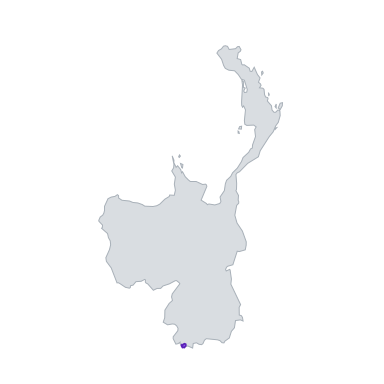 location of Mae Sai, Chiang Rai, Thailand, rotated 195°
{"feature_id": "78962969B11376495373152", "entity_name": "Mae Sai", "entity_type": "district", "adm_level": 2, "iso_a3": "THA", "parent_name": "Thailand", "parent_adm1": "Chiang Rai", "projection": "mercator", "projection_center": [99.929, 20.361], "detail": "fine", "context": "in_parent", "style": "filled", "palette": "violet", "viewbox_px": 384, "rotation_deg": 195, "n_neighbors": 0, "source": "geoboundaries", "source_scale": "gbopen_adm2", "svg_char_len": 4798}
<svg xmlns="http://www.w3.org/2000/svg" viewBox="0 0 384 384"><g transform="rotate(195 192 192)"><path d="M164.3,42.4L164.6,43.9L166.2,41.9L168.2,40.9L172.2,45.4L172.7,47.3L169.8,54.3L170.2,56.7L172.1,58.7L174.4,59.8L176.7,59.5L181.2,57.4L186.1,58.8L185.8,63.4L187.6,70.9L185.2,78.5L182.8,82.2L184.6,85.4L184.7,88.5L180.0,100.2L181.0,101.1L184.0,102.4L185.2,102.0L190.1,97.4L195.6,93.8L197.3,90.8L200.8,89.8L203.9,87.1L211.0,91.8L212.9,92.2L213.8,93.0L214.2,95.0L215.1,95.3L218.0,92.6L222.9,90.9L224.8,86.8L227.1,85.6L226.9,83.6L227.6,82.9L231.6,82.7L237.7,84.8L239.8,85.3L240.9,84.8L250.4,97.8L256.7,102.8L258.2,106.2L256.8,114.9L256.9,119.8L258.3,123.6L260.9,126.3L262.8,130.0L270.0,133.6L269.4,134.5L269.9,136.9L274.3,139.6L274.7,140.5L274.2,144.0L272.2,146.6L271.7,148.8L271.7,151.5L272.8,155.5L271.4,163.8L268.7,166.2L265.3,167.8L263.4,170.1L262.0,169.5L261.3,167.2L257.5,165.9L250.1,167.1L246.4,166.6L241.5,167.4L236.7,167.0L233.9,166.1L225.9,167.9L222.5,169.6L220.0,171.9L216.4,178.0L212.8,181.8L212.8,183.3L208.3,184.2L208.5,189.4L211.1,195.0L211.9,202.1L217.0,207.1L216.0,210.6L216.6,214.0L220.5,221.8L217.7,218.1L217.1,215.6L213.7,211.7L212.7,213.6L208.7,210.7L207.0,207.8L206.4,209.1L202.5,205.0L198.6,202.7L196.3,201.7L190.7,203.2L183.7,202.0L180.9,203.1L179.8,202.5L179.1,201.2L181.1,186.5L175.0,184.6L173.9,183.7L172.6,184.8L166.6,185.4L162.2,188.1L161.6,190.3L163.6,194.4L161.1,201.7L161.9,208.6L161.6,212.3L158.6,217.1L157.8,221.0L154.4,226.8L152.1,234.2L151.6,238.5L147.5,245.0L146.6,248.7L145.1,250.1L145.7,253.0L145.0,262.0L147.6,268.5L146.9,271.5L149.7,272.6L156.3,270.5L158.5,271.1L159.9,274.6L161.6,285.2L164.4,288.5L165.1,286.9L166.4,288.5L167.4,291.7L170.9,308.4L172.7,312.7L170.6,311.7L169.4,306.4L167.5,306.2L168.2,302.9L167.0,301.7L165.0,302.6L165.1,305.2L170.3,313.5L173.6,313.8L177.7,317.4L182.2,320.1L187.9,319.2L191.8,320.0L194.1,322.3L197.8,327.9L203.9,332.6L203.0,335.5L200.6,337.9L199.3,341.0L197.7,341.9L195.4,341.9L193.0,339.3L187.0,341.7L185.7,344.1L184.1,344.8L181.5,342.1L181.7,340.5L183.4,338.3L182.9,332.6L179.3,332.5L176.9,328.2L176.2,327.8L174.4,328.4L168.7,326.4L167.1,323.7L165.4,323.9L164.2,328.6L159.2,322.4L155.8,319.8L156.2,315.2L153.9,314.2L152.9,312.9L153.8,310.1L150.5,310.6L149.0,309.8L147.1,304.8L145.5,302.8L143.4,302.8L142.7,301.9L142.8,299.4L137.6,295.9L135.9,291.9L133.4,290.2L131.8,290.7L130.2,293.5L129.0,293.4L127.9,292.6L126.6,288.6L126.7,281.6L128.3,277.5L129.2,271.0L131.7,265.5L136.8,249.5L137.0,243.2L145.6,234.1L151.4,223.8L153.3,222.2L154.1,220.3L151.1,211.9L149.7,206.1L149.9,204.6L146.2,200.7L145.3,196.1L144.3,194.7L144.0,193.2L145.4,190.6L144.6,180.6L140.5,173.7L133.2,167.3L126.7,157.9L125.9,154.6L125.6,149.9L130.9,146.7L133.0,146.5L133.7,132.3L138.2,129.6L139.1,128.4L139.6,126.0L138.5,124.6L135.6,127.0L135.0,126.5L131.4,118.1L130.6,113.0L115.9,95.8L116.6,92.8L114.5,85.4L112.3,85.3L110.8,83.9L109.3,80.6L112.1,81.0L116.7,79.1L115.9,71.8L117.9,67.6L118.2,60.6L121.6,56.5L122.1,54.5L124.0,54.2L126.6,55.7L129.2,55.8L140.2,54.0L141.6,52.1L142.2,48.3L143.3,47.0L145.8,46.7L148.6,47.5L151.6,46.0L151.0,41.4L156.2,42.2L159.6,40.1L164.3,42.4ZM130.5,295.4L129.8,300.6L127.7,301.7L127.1,298.6L128.3,293.8L128.8,294.9L130.5,295.4ZM163.3,265.0L162.9,267.5L161.1,268.4L160.6,265.5L163.3,265.0ZM208.2,212.9L210.5,216.6L207.9,216.2L207.4,212.7L208.2,212.9ZM155.1,326.9L154.0,325.4L154.9,323.1L155.9,326.0L155.1,326.9ZM133.9,296.0L133.4,298.8L132.4,294.9L133.9,296.0ZM163.3,262.8L162.4,262.5L161.5,260.8L162.7,260.8L163.3,262.8ZM142.7,304.5L143.9,307.8L142.6,306.2L142.7,304.5ZM214.0,222.5L213.7,224.6L212.5,223.7L213.2,222.1L214.0,222.5ZM128.1,275.3L126.8,276.1L127.8,274.1L128.1,275.3Z" fill="#d9dde1" stroke="#a8b0b8" stroke-width="1"/><path d="M162.6,40.7L162.4,40.6L162.3,40.4L162.3,40.5L162.2,40.5L162.2,40.4L162.0,40.2L161.9,40.3L161.8,40.2L161.7,40.2L161.7,40.3L161.6,40.2L161.6,39.9L161.5,39.7L161.4,39.7L161.4,39.8L161.4,39.7L161.2,39.5L161.2,39.4L161.0,39.2L160.9,39.3L160.7,39.4L160.5,39.5L160.5,39.4L160.5,39.5L160.4,39.5L160.2,39.7L159.9,39.6L159.7,39.6L159.4,39.7L159.2,39.6L159.0,39.8L159.1,40.0L159.0,40.3L158.9,40.3L158.7,40.5L158.6,40.8L158.7,41.0L158.5,41.3L158.4,41.4L158.4,41.5L158.2,41.7L158.2,41.8L158.1,42.0L158.2,42.3L158.3,42.5L158.4,42.8L158.5,42.9L158.5,43.0L158.5,43.3L158.7,43.5L158.8,43.5L159.0,43.5L159.3,43.4L159.4,43.5L159.5,43.6L159.8,43.6L159.9,43.4L160.0,43.4L160.1,43.2L160.3,43.0L160.5,43.2L160.8,42.9L161.0,42.7L161.1,42.4L161.2,42.1L161.1,41.9L161.2,41.7L161.3,41.6L161.5,41.6L161.8,41.6L161.7,41.6L161.8,41.6L161.8,41.4L161.8,41.5L161.8,41.4L161.9,41.5L161.9,41.4L162.0,41.3L161.9,41.3L162.0,41.3L161.9,41.2L162.0,41.2L162.1,40.9L162.1,41.0L162.1,40.9L162.3,40.8L162.4,41.0L162.4,40.9L162.4,40.7L162.5,40.8L162.5,40.7L162.6,40.7Z" fill="#8b5cf6" stroke="#5b21b6" stroke-width="1.5"/></g></svg>